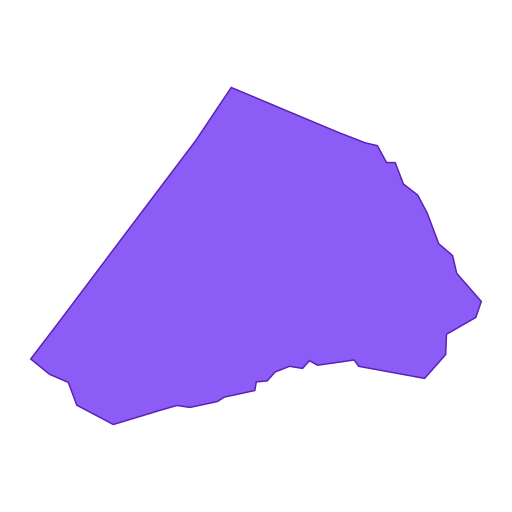 Harnett, North Carolina, United States of America
{"feature_id": "52423323B77740585629691", "entity_name": "Harnett", "entity_type": "district", "adm_level": 2, "iso_a3": "USA", "parent_name": "United States of America", "parent_adm1": "North Carolina", "projection": "equal_earth", "projection_center": [-78.826, 35.388], "detail": "fine", "context": "isolated", "style": "filled", "palette": "violet", "viewbox_px": 512, "rotation_deg": 0, "n_neighbors": 0, "source": "geoboundaries", "source_scale": "gbopen_adm2", "svg_char_len": 759}
<svg xmlns="http://www.w3.org/2000/svg" viewBox="0 0 512 512"><path d="M424.6,378.4L445.7,354.5L446.5,334.3L475.8,317.4L481.3,301.5L456.7,273.3L452.6,255.6L438.8,243.8L426.9,212.4L426.2,211.3L426.0,210.8L417.7,195.1L403.4,184.0L395.2,162.6L386.5,162.5L377.4,145.7L364.8,142.7L344.3,134.7L342.1,133.9L341.1,133.5L334.7,130.9L281.5,108.6L275.4,106.0L232.2,87.9L231.2,87.5L230.9,88.0L223.3,99.4L222.5,100.5L195.6,140.8L195.4,141.0L126.0,232.9L56.4,325.4L30.7,359.0L49.7,374.4L68.3,382.4L76.8,405.2L113.3,424.5L158.1,410.9L176.9,405.5L190.0,407.4L217.5,401.5L224.3,397.1L254.8,390.5L256.3,381.9L267.2,380.9L275.1,372.0L289.5,366.3L302.6,368.4L309.4,360.7L317.5,365.2L354.1,360.0L358.7,366.3L424.6,378.4Z" fill="#8b5cf6" stroke="#5b21b6" stroke-width="1.5"/></svg>